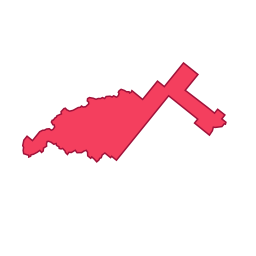 Blaine, Idaho, United States of America (Robinson projection), rotated 309°
{"feature_id": "52423323B36690361542904", "entity_name": "Blaine", "entity_type": "district", "adm_level": 2, "iso_a3": "USA", "parent_name": "United States of America", "parent_adm1": "Idaho", "projection": "robinson", "projection_center": [-114.207, 43.306], "detail": "fine", "context": "isolated", "style": "filled", "palette": "rose", "viewbox_px": 256, "rotation_deg": 309, "n_neighbors": 0, "source": "geoboundaries", "source_scale": "gbopen_adm2", "svg_char_len": 1613}
<svg xmlns="http://www.w3.org/2000/svg" viewBox="0 0 256 256"><g transform="rotate(309 128 128)"><path d="M152.6,139.3L178.6,139.3L178.8,176.6L173.7,176.6L173.7,195.8L179.0,195.3L182.3,193.8L183.4,195.5L188.2,200.1L191.9,200.2L192.3,201.3L194.1,200.5L194.1,195.2L199.1,195.1L199.0,185.9L194.0,185.9L194.0,176.7L193.3,148.7L213.6,148.7L213.5,130.2L183.0,130.2L183.0,121.4L159.4,121.4L159.5,107.5L157.8,107.9L156.2,107.2L156.8,106.0L155.2,104.0L154.9,101.6L153.7,98.3L151.4,97.7L149.6,98.0L149.2,99.3L147.2,100.1L145.3,99.9L144.7,99.6L144.0,96.6L142.1,96.1L141.4,94.0L138.7,91.2L136.2,91.3L135.6,89.0L133.7,88.2L132.1,86.2L130.2,85.1L129.3,82.4L127.4,78.9L125.4,78.1L123.4,79.3L123.4,81.0L122.0,82.3L117.9,81.7L116.1,80.0L115.8,78.0L114.2,78.0L112.5,76.4L107.2,74.2L104.3,72.0L103.6,68.8L104.0,66.9L102.8,66.0L98.5,65.7L97.1,67.4L92.8,65.1L91.3,65.5L89.9,64.9L87.2,65.0L86.3,64.2L84.4,64.7L83.3,67.7L83.9,68.6L82.6,70.4L79.7,70.6L78.0,69.8L77.9,67.3L75.9,65.3L73.6,64.4L72.6,63.1L69.5,61.7L58.1,61.7L58.1,54.7L53.0,54.7L48.0,57.3L47.3,59.0L44.6,60.6L42.4,63.1L44.3,68.1L43.0,69.1L44.7,70.1L46.2,69.5L48.0,71.0L51.9,72.7L55.1,73.6L54.6,76.2L56.8,76.6L59.2,75.0L62.7,76.2L64.4,74.6L66.6,73.7L67.7,74.7L68.5,77.0L68.7,80.6L70.7,81.9L69.5,83.4L69.9,86.2L68.8,87.4L69.6,89.2L71.0,90.1L70.5,93.5L69.6,94.9L69.3,97.6L71.9,97.4L73.3,99.4L77.5,101.0L76.7,103.9L79.6,107.4L82.4,108.3L84.4,109.6L83.7,111.8L81.0,114.2L81.0,118.1L82.7,118.1L82.6,121.3L82.0,125.0L84.7,125.5L86.6,125.1L88.1,125.9L90.8,124.9L94.0,125.8L94.0,133.1L95.7,133.1L95.7,139.3L152.6,139.3Z" fill="#f43f5e" stroke="#9f1239" stroke-width="1.5"/></g></svg>